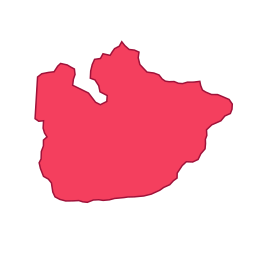 outline of Santo Antônio do Pinhal, São Paulo, Brazil, rotated 11°
{"feature_id": "56859067B50632789381856", "entity_name": "Santo Antônio do Pinhal", "entity_type": "district", "adm_level": 2, "iso_a3": "BRA", "parent_name": "Brazil", "parent_adm1": "São Paulo", "projection": "albers", "projection_center": [-45.697, -22.83], "detail": "fine", "context": "isolated", "style": "filled", "palette": "rose", "viewbox_px": 256, "rotation_deg": 11, "n_neighbors": 0, "source": "geoboundaries", "source_scale": "gbopen_adm2", "svg_char_len": 1432}
<svg xmlns="http://www.w3.org/2000/svg" viewBox="0 0 256 256"><g transform="rotate(11 128 128)"><path d="M35.0,136.6L39.1,138.4L43.7,137.0L44.7,144.4L47.0,148.8L50.2,152.2L47.3,156.0L48.4,161.8L47.4,167.6L48.6,175.0L47.4,179.1L49.8,184.5L54.3,191.6L59.5,193.3L63.3,196.5L66.4,205.2L69.5,209.5L74.7,211.1L80.8,211.5L87.9,210.0L93.6,208.6L97.7,209.1L102.3,208.7L107.7,205.3L113.0,204.0L117.4,203.8L123.3,202.1L128.3,199.7L137.2,197.1L140.9,195.8L147.2,194.4L156.5,191.7L163.4,188.5L167.9,185.3L171.1,183.0L174.4,179.5L179.8,175.7L182.7,171.0L185.7,167.8L184.9,162.9L188.4,154.5L191.7,150.0L198.0,149.0L202.8,145.5L204.4,139.4L207.6,133.8L207.1,128.6L206.1,124.3L206.8,120.3L205.4,114.8L209.6,108.9L217.8,103.2L220.8,97.7L225.7,94.2L226.5,89.7L225.8,84.6L221.8,80.7L215.9,79.4L209.6,78.1L203.5,79.2L197.4,77.9L193.8,76.5L191.2,72.4L189.6,68.5L183.8,70.4L177.5,71.7L173.1,74.0L168.9,74.5L164.4,73.6L159.5,74.7L155.7,74.9L152.2,73.4L148.3,70.0L142.9,69.1L136.0,69.5L131.5,66.3L127.5,63.4L124.6,57.1L124.3,51.4L119.4,50.3L114.1,50.7L109.1,47.7L105.4,44.5L103.8,49.4L99.7,52.6L98.1,56.1L96.6,60.1L89.3,59.9L87.7,65.0L82.1,67.0L80.8,72.5L80.5,79.1L81.5,86.3L86.4,87.1L91.2,92.1L93.6,97.8L101.4,100.1L102.1,106.0L96.4,110.4L91.2,108.9L82.5,101.2L65.5,96.6L65.1,90.5L65.8,85.6L64.1,80.3L60.5,79.2L56.3,77.7L49.5,77.5L47.2,80.7L44.7,86.9L39.1,88.7L33.0,91.2L29.5,95.2L35.0,136.6Z" fill="#f43f5e" stroke="#9f1239" stroke-width="1.5"/></g></svg>